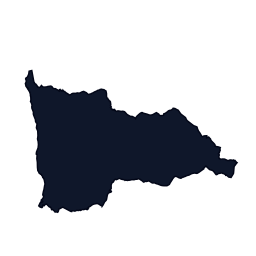 Varghis, Covasna, Romania, rotated 80°
{"feature_id": "2599482B86735407816142", "entity_name": "Varghis", "entity_type": "district", "adm_level": 2, "iso_a3": "ROU", "parent_name": "Romania", "parent_adm1": "Covasna", "projection": "albers", "projection_center": [25.537, 46.156], "detail": "fine", "context": "isolated", "style": "filled", "palette": "ink", "viewbox_px": 256, "rotation_deg": 80, "n_neighbors": 0, "source": "geoboundaries", "source_scale": "gbopen_adm2", "svg_char_len": 5851}
<svg xmlns="http://www.w3.org/2000/svg" viewBox="0 0 256 256"><g transform="rotate(80 128 128)"><path d="M54.9,215.5L57.7,216.4L60.4,218.2L61.0,219.7L61.5,220.1L61.9,220.3L63.3,220.0L64.7,220.2L65.2,220.4L66.3,221.3L69.2,221.2L70.6,220.5L70.8,219.9L71.5,219.5L71.7,220.1L72.1,220.0L72.5,219.7L75.4,218.6L76.7,218.4L78.0,218.3L79.0,218.5L81.0,218.4L83.8,218.8L84.9,219.4L86.6,218.8L88.8,218.5L90.1,219.0L91.8,219.2L95.7,218.4L96.6,218.5L97.7,218.8L98.8,218.7L103.7,217.7L105.4,217.9L106.9,217.5L107.7,216.7L111.7,218.1L112.4,218.1L115.2,217.4L119.8,218.0L121.7,218.5L122.6,218.9L123.7,219.0L125.6,218.8L128.8,219.1L132.0,220.0L135.8,222.3L137.8,222.9L138.0,222.8L138.3,222.5L138.3,222.1L142.4,223.1L145.9,223.2L151.1,224.0L154.2,224.2L154.6,224.1L155.8,223.5L156.7,223.5L158.4,222.1L158.4,221.8L158.7,221.4L159.7,221.2L160.3,220.7L162.0,220.5L162.0,220.0L164.5,219.5L168.3,219.4L169.9,219.8L170.2,220.1L174.2,221.5L175.5,222.2L178.6,223.4L179.3,223.5L180.2,222.8L182.2,223.7L183.4,225.1L184.0,226.0L184.7,225.6L185.5,224.7L186.4,225.5L186.0,226.4L185.7,226.7L186.6,227.6L189.2,229.4L190.5,228.4L191.3,227.0L191.4,226.6L191.0,226.0L190.4,225.7L188.9,225.2L189.0,224.8L189.4,224.4L189.8,224.5L190.0,224.2L189.8,223.7L189.2,223.3L188.9,222.9L188.8,221.4L191.9,219.3L192.3,218.8L192.4,218.1L193.5,217.7L195.1,217.4L195.3,217.2L195.2,216.4L195.5,216.0L196.5,215.4L197.0,214.8L197.8,214.7L198.0,214.4L198.2,213.7L198.2,212.5L198.7,212.2L198.5,211.5L197.5,210.9L195.9,210.2L194.6,206.0L200.2,198.8L200.5,197.9L199.8,197.5L199.8,197.3L199.9,196.5L200.5,195.2L200.6,194.6L200.2,192.8L200.7,190.7L200.2,189.4L200.9,189.1L200.8,188.4L200.4,187.8L200.3,187.4L200.7,185.6L200.4,184.4L200.7,183.4L201.3,182.4L200.6,181.1L199.8,181.7L199.4,181.0L198.6,178.9L197.2,176.1L196.9,173.9L197.0,172.8L196.9,172.1L197.4,170.5L199.7,168.0L200.1,167.1L200.6,167.1L199.4,165.9L196.7,163.9L195.5,162.2L194.7,161.6L190.7,160.1L189.2,159.2L188.7,158.6L188.5,158.1L188.1,155.8L187.7,155.4L186.7,155.8L186.5,156.2L186.4,157.1L185.7,156.4L185.0,155.3L184.7,155.1L181.6,154.6L180.9,154.4L179.3,153.3L178.9,152.9L178.8,152.3L178.6,151.8L176.8,150.5L176.4,149.9L176.3,149.3L176.8,148.7L176.8,148.2L176.1,145.5L176.3,144.7L177.1,143.8L178.3,140.8L178.5,140.4L179.0,140.1L178.8,139.7L179.6,137.4L179.5,136.8L179.7,135.2L179.5,133.9L179.7,132.2L180.0,131.1L179.8,129.7L180.0,128.0L179.8,126.2L180.7,125.0L181.8,124.0L182.1,123.5L183.9,122.1L184.0,121.7L183.5,120.5L183.9,118.9L183.7,117.3L183.5,116.9L184.4,115.8L186.2,113.8L186.5,113.0L186.5,111.8L186.8,111.1L187.7,109.9L188.3,108.5L190.2,105.4L190.6,104.4L191.1,102.6L191.6,99.6L191.0,97.8L190.6,97.0L189.3,96.0L186.4,93.3L185.8,92.9L183.9,90.6L183.9,89.5L184.0,89.0L184.5,88.1L185.9,86.4L186.6,84.8L186.6,84.4L186.5,84.0L185.9,83.0L186.0,82.1L185.8,81.5L185.6,80.0L185.1,78.4L184.9,75.9L184.2,74.1L183.9,72.3L183.9,70.0L184.5,68.6L184.6,67.7L184.0,66.0L181.4,60.6L181.0,60.8L179.0,57.9L182.8,55.1L183.2,54.7L184.2,52.6L185.2,51.4L189.1,49.4L189.3,48.9L189.2,48.4L189.0,47.9L188.6,47.3L188.5,43.9L188.6,43.2L189.2,42.6L189.4,42.2L189.4,41.8L189.7,41.5L189.8,41.3L190.3,40.8L190.7,40.2L191.6,40.0L191.6,39.8L191.3,39.5L191.7,39.0L193.8,37.3L194.6,35.1L191.3,32.2L190.7,31.9L184.4,30.2L181.7,27.4L181.1,26.6L180.5,27.2L178.5,28.3L178.5,28.6L178.8,29.0L177.9,29.5L177.8,30.0L178.0,30.2L178.0,31.1L177.5,31.8L177.2,33.0L177.3,33.7L177.6,33.9L177.5,34.6L177.1,36.1L176.4,36.8L176.1,37.5L175.5,38.0L175.0,40.0L174.9,41.0L175.0,42.1L174.3,42.7L174.2,43.0L174.0,43.4L172.0,43.6L170.7,42.9L170.2,42.8L169.1,43.4L168.6,43.0L168.3,42.4L166.7,41.7L166.3,41.2L164.2,41.0L163.3,40.5L162.4,42.1L161.2,45.2L161.0,45.4L160.0,45.2L158.9,45.6L155.4,48.0L154.5,48.5L153.1,48.7L152.3,49.3L151.1,50.0L150.9,50.3L150.8,50.6L151.3,51.4L151.4,52.3L149.3,51.8L149.0,54.6L149.5,56.1L148.9,56.8L144.9,58.3L143.4,59.1L141.0,59.7L139.0,59.9L138.3,60.9L137.1,63.0L131.0,68.5L130.0,69.0L127.7,69.6L123.6,73.4L122.5,74.0L119.2,75.5L118.6,76.4L116.9,78.5L116.4,80.1L116.8,80.4L117.5,81.5L117.9,82.3L117.9,84.1L118.2,85.4L118.9,86.2L119.4,87.6L119.9,88.3L120.1,88.8L120.2,90.2L121.6,90.8L121.7,91.9L121.5,93.8L121.1,94.6L120.9,94.9L119.7,95.3L117.8,97.4L119.2,101.5L119.3,103.4L118.9,104.8L117.7,106.8L116.1,110.3L115.6,111.1L115.4,111.1L115.2,111.8L115.3,112.4L115.8,113.7L117.7,116.8L118.5,117.8L119.4,118.5L120.1,118.9L119.2,119.4L117.5,121.6L117.3,122.0L117.0,123.5L116.2,124.6L114.5,126.6L111.9,128.2L111.3,128.7L110.6,130.2L110.5,132.0L110.1,132.9L109.5,134.5L109.4,135.4L109.6,136.1L109.6,136.4L109.0,137.3L108.7,137.4L108.1,138.0L108.2,138.3L107.8,138.4L107.4,138.1L107.3,138.3L107.7,139.1L107.3,139.4L107.5,140.1L107.3,140.4L107.0,140.6L106.5,140.5L106.1,141.3L105.2,141.3L104.9,141.6L104.4,140.8L102.7,141.4L101.9,140.9L99.2,140.8L98.4,141.1L98.0,141.7L96.7,142.3L96.0,142.8L95.3,142.8L95.1,143.1L95.0,143.4L93.3,143.7L90.2,143.2L87.7,143.3L87.1,144.1L86.1,145.0L85.7,146.3L85.2,147.3L85.2,148.8L85.6,149.4L85.7,151.4L85.8,151.8L86.1,152.1L86.7,154.8L87.4,156.5L87.5,157.5L87.9,158.2L88.0,159.8L88.2,160.4L88.0,161.3L87.4,161.9L86.0,162.9L85.2,164.0L84.9,164.6L84.3,165.2L84.4,166.8L85.3,169.8L84.6,172.1L84.9,172.4L84.9,172.7L84.3,176.2L84.6,177.6L85.2,178.6L85.3,180.2L84.4,180.7L84.0,181.4L83.5,181.7L82.9,182.8L82.4,182.9L81.9,183.6L81.1,183.9L80.6,185.1L79.9,185.3L80.2,185.8L79.8,186.4L79.6,186.4L79.9,186.7L80.0,187.2L79.5,187.4L79.4,187.7L78.9,187.8L78.7,188.4L78.3,188.3L78.3,188.7L78.8,189.0L79.1,189.5L79.5,189.5L79.3,189.8L78.7,190.2L77.6,191.7L77.0,192.2L76.7,192.6L76.4,194.0L75.5,195.2L74.1,195.7L73.4,196.6L73.2,197.5L73.4,198.4L73.1,199.5L73.4,200.2L73.4,200.5L73.3,202.5L73.1,203.8L72.7,204.8L71.1,205.9L72.3,207.1L72.8,208.1L72.6,208.8L72.2,209.0L71.9,209.9L70.8,210.1L70.5,210.4L69.7,210.6L69.5,210.9L68.7,211.2L68.5,211.7L67.6,212.3L67.0,212.3L66.3,212.7L54.7,212.8L54.9,215.5Z" fill="#0f172a" stroke="#020617" stroke-width="1.5"/></g></svg>